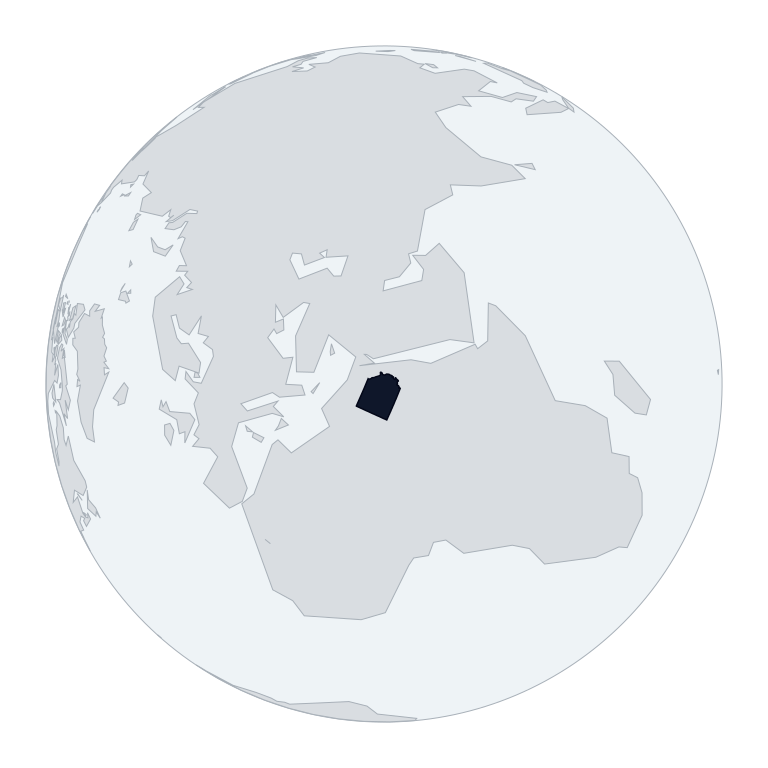 the Earth from above Al Wadi at Jadid, rotated 292°
{"feature_id": "EGY-1550", "entity_name": "Al Wadi at Jadid", "entity_type": "Governorate", "adm_level": 1, "iso_a3": "EGY", "parent_name": "Egypt", "parent_adm1": "", "projection": "orthographic", "projection_center": [30.896, 24.831], "detail": "fine", "context": "on_globe", "style": "filled", "palette": "ink", "viewbox_px": 768, "rotation_deg": 292, "n_neighbors": 0, "source": "natural_earth", "source_scale": "10m", "svg_char_len": 12885}
<svg xmlns="http://www.w3.org/2000/svg" viewBox="0 0 768 768"><g transform="rotate(292 384 384)"><circle cx="384" cy="384" r="338" fill="#eef3f6" stroke="#a8b0b8"/><path d="M413.2,47.3L423.8,48.4L429.3,49.3L413.8,47.5L421.8,49.1L398.1,48.4L357.5,48.0L343.6,50.7L300.1,59.2L303.4,59.3L289.0,64.0L287.5,66.2L279.9,68.1L285.3,68.4L292.5,66.3L297.3,66.0L297.1,67.4L287.3,69.7L286.0,69.3L283.0,70.8L278.2,71.5L280.5,72.0L268.6,75.3L279.9,74.3L270.1,78.9L262.4,80.5L263.9,77.3L249.6,76.3L242.2,78.7L230.3,84.3L206.5,100.4L198.0,105.0L186.1,113.4L190.4,111.7L201.2,104.8L206.2,104.7L218.9,97.2L222.8,96.5L235.6,91.0L232.8,95.4L223.2,103.1L212.5,108.3L208.0,112.2L217.5,110.8L196.9,125.0L182.3,143.2L177.0,147.0L167.9,146.8L169.6,136.8L157.8,140.2L164.5,142.1L151.3,153.3L148.8,157.3L149.0,159.7L153.6,157.3L148.9,162.5L140.5,161.5L144.7,156.7L147.3,156.8L148.0,152.6L142.2,153.8L136.0,160.3L133.9,158.0L129.4,162.9L126.4,165.8L133.7,157.8L120.6,172.7L119.2,174.1L134.6,156.0L151.3,139.0L169.1,123.2L188.0,108.7L207.9,95.6L228.7,83.9L250.2,73.7L272.4,65.0L295.2,58.0L318.4,52.5L341.9,48.7L365.6,46.6L389.4,46.1L413.2,47.3ZM53.2,315.0L52.4,320.2L51.7,323.0L48.1,356.9L50.1,380.7L50.5,397.2L49.7,403.5L51.7,411.1L51.8,416.5L65.1,445.8L76.4,470.4L79.0,488.9L75.5,501.5L86.2,539.6L83.6,538.8L72.8,515.7L63.7,491.7L56.5,467.2L51.1,442.2L47.7,416.8L46.2,391.3L46.6,365.7L48.9,340.3L53.2,315.0ZM236.2,89.0L235.9,90.0L233.7,90.5L236.2,89.0ZM242.1,86.0L239.8,85.9L242.2,84.5L243.6,84.5L242.1,86.0ZM440.1,50.8L441.4,51.0L438.7,50.5L440.1,50.8ZM244.3,86.5L246.9,82.0L251.2,79.6L260.0,78.1L244.3,86.5ZM442.0,51.2L451.6,53.6L457.4,54.6L446.3,54.0L441.8,51.6L432.8,49.9L439.8,50.9L442.0,51.2ZM294.9,65.1L287.2,67.4L293.9,64.4L294.9,65.1ZM298.0,63.4L311.7,56.5L323.0,54.5L316.2,56.9L331.0,54.1L329.9,56.4L321.4,58.6L314.3,59.2L319.3,59.7L298.0,63.4ZM438.6,53.8L438.7,54.5L435.7,53.5L438.6,53.8ZM299.8,65.6L301.5,64.1L311.5,62.2L309.8,65.0L307.1,64.6L299.8,65.6ZM335.5,52.5L342.6,52.0L343.6,53.6L346.5,53.7L330.8,56.4L335.5,52.5ZM304.8,65.8L308.7,66.5L303.8,68.9L298.7,67.1L304.8,65.8ZM314.8,60.7L319.4,60.1L316.3,61.2L314.8,60.7ZM288.7,78.6L290.5,76.2L295.9,74.9L288.7,78.6ZM310.5,66.7L312.2,65.9L314.5,65.3L316.0,66.3L310.5,66.7ZM332.6,57.6L331.5,58.6L339.1,56.6L340.2,58.2L329.5,59.9L334.5,59.9L334.9,60.4L325.8,61.3L332.6,57.6ZM324.5,65.7L311.3,69.3L306.7,73.7L301.8,74.8L310.1,67.6L324.5,65.7ZM326.1,62.9L324.0,64.8L319.0,65.0L317.3,63.8L326.1,62.9ZM344.7,58.9L345.9,55.9L348.1,55.7L344.7,58.9ZM324.2,66.9L327.4,66.1L324.4,67.2L324.2,66.9ZM339.5,61.2L339.6,60.0L342.2,59.8L339.5,61.2ZM333.7,65.7L329.4,66.6L328.1,65.7L333.7,65.7ZM337.2,63.6L340.7,63.6L330.2,64.8L336.8,63.0L337.2,63.6ZM342.0,61.2L343.6,60.7L341.6,61.7L342.0,61.2ZM341.1,69.0L328.1,70.8L325.3,68.6L338.2,67.0L341.1,69.0ZM554.0,92.0L535.7,82.8L496.8,66.8L512.7,72.8L509.2,72.1L515.0,74.9L526.2,79.8L527.4,79.9L546.0,94.5L573.1,113.5L570.9,108.3L577.8,111.1L606.8,133.1L642.0,175.3L651.6,183.4L657.7,191.2L661.5,199.4L652.8,188.1L649.3,187.3L643.8,180.3L647.0,191.1L639.2,181.6L645.5,195.6L652.1,201.4L652.2,194.6L661.0,212.0L671.5,220.8L681.7,237.2L694.4,276.7L693.7,295.3L695.6,301.5L690.6,298.8L691.2,315.0L706.0,340.5L708.1,350.2L705.6,376.2L704.3,369.3L691.3,361.9L694.0,386.5L704.0,398.0L707.6,417.8L702.2,416.6L697.9,399.6L693.2,396.3L690.8,375.6L679.9,349.3L674.1,360.6L671.1,348.4L655.3,329.7L644.9,345.3L630.9,388.8L634.7,420.5L627.3,438.0L604.0,399.9L593.5,370.9L585.1,376.9L561.1,356.7L519.8,365.2L513.9,358.0L506.2,363.5L489.2,358.1L480.2,345.8L470.0,348.3L494.1,380.3L505.1,377.8L514.1,362.4L518.8,374.4L535.1,382.5L517.2,416.6L455.9,452.1L449.9,428.5L403.4,364.7L404.9,357.0L404.7,356.2L404.1,354.7L399.8,367.2L391.8,354.4L416.6,400.0L420.7,419.7L455.0,453.6L451.8,457.6L462.8,464.0L498.2,450.4L498.4,458.3L481.7,496.9L432.7,549.0L439.3,578.7L435.9,603.6L405.6,621.0L408.5,638.4L392.9,644.9L392.1,654.3L379.8,664.0L359.0,672.5L323.4,670.8L320.9,662.8L302.7,645.3L277.2,600.3L285.9,580.5L282.6,563.4L256.9,521.4L262.5,499.8L255.7,489.2L241.6,489.5L233.8,476.7L225.2,474.9L172.5,470.9L156.9,451.1L139.2,396.9L148.9,380.6L151.5,358.0L219.6,297.0L233.3,304.6L286.0,303.0L292.5,306.6L285.4,323.9L324.3,349.4L337.9,335.3L374.0,348.4L398.5,347.7L408.9,314.3L368.6,314.6L362.5,298.3L395.5,284.0L430.8,285.0L429.5,278.9L408.0,265.6L416.8,254.1L400.6,260.2L406.6,266.4L396.6,270.9L390.5,265.6L393.8,261.4L383.4,258.8L370.0,280.8L374.7,289.5L346.9,293.0L352.1,308.2L344.2,314.9L332.6,292.0L334.3,283.8L312.1,258.7L307.8,267.4L328.5,292.1L321.7,289.8L316.0,303.4L314.9,291.4L293.5,263.6L268.9,266.2L236.2,296.2L222.1,296.6L211.0,287.2L224.3,253.9L254.2,257.1L259.3,246.8L254.5,229.9L264.0,232.9L265.7,226.8L277.1,227.8L294.4,215.3L306.2,215.2L314.2,197.7L321.4,195.7L314.6,206.3L316.2,214.3L345.7,215.5L351.7,212.1L354.5,201.0L362.3,203.4L361.2,192.7L378.8,189.2L356.5,184.9L359.2,173.4L370.4,165.3L367.3,161.1L349.1,174.7L345.4,181.0L348.6,187.4L335.2,205.9L324.8,208.4L323.8,187.3L308.9,189.2L314.6,173.3L360.3,144.1L378.8,139.4L406.9,154.3L401.9,161.1L389.4,158.7L399.9,170.9L399.5,165.0L406.0,167.5L410.2,158.4L415.0,159.8L410.8,149.1L417.2,149.9L419.7,156.6L431.3,145.1L444.7,145.0L445.0,141.9L441.6,138.6L461.0,141.4L460.3,139.0L453.8,137.1L448.3,131.4L446.1,122.8L452.9,124.2L454.6,127.5L468.4,137.2L471.9,146.6L474.5,146.4L473.1,138.7L456.2,126.7L453.0,121.2L461.8,125.9L458.3,123.8L458.9,121.5L465.8,121.0L456.5,115.6L453.0,93.0L466.0,90.7L474.3,96.6L479.1,85.6L493.4,86.0L487.3,83.9L485.5,78.5L480.9,78.2L477.9,76.9L471.2,65.6L474.9,64.8L465.1,59.6L461.9,58.8L458.6,58.9L446.3,54.0L457.4,54.6L463.9,56.2L466.5,56.3L481.0,60.4L494.3,64.6L508.8,70.5L518.0,74.1L517.9,73.9L529.9,79.2L554.0,92.0ZM195.4,331.9L193.4,338.5L195.4,331.9ZM468.1,303.7L489.3,302.6L479.8,282.8L487.2,281.0L481.2,275.3L479.0,281.4L464.5,265.7L473.7,258.7L471.1,250.1L463.9,250.2L449.4,265.8L470.1,287.9L465.2,297.0L468.1,303.7ZM52.4,320.5L51.5,325.7L51.7,323.3L52.4,320.5ZM66.7,267.9L65.1,272.8L65.7,270.5L66.7,267.9ZM151.8,153.3L152.3,153.6L151.4,156.8L149.6,157.0L151.8,153.3ZM161.1,163.0L153.3,171.2L157.6,165.1L153.5,166.4L157.5,155.9L174.6,148.5L166.1,153.4L161.1,163.0ZM167.4,141.2L163.0,147.8L167.2,140.9L167.4,141.2ZM263.8,195.9L267.3,200.3L262.2,206.6L247.3,209.3L254.4,199.8L263.8,195.9ZM273.3,205.2L276.5,185.0L285.9,183.4L280.1,187.6L286.0,188.5L278.2,195.7L284.1,214.9L280.1,222.0L254.7,221.4L265.2,217.3L261.2,212.9L273.3,205.2ZM267.9,144.6L269.4,138.1L287.9,142.6L284.4,148.3L269.2,150.6L264.5,145.4L267.9,144.6ZM259.5,85.7L258.9,84.5L261.6,83.6L264.3,83.9L259.5,85.7ZM289.1,77.6L265.1,90.4L263.1,89.6L251.4,99.3L241.7,101.0L249.6,94.4L233.4,103.6L236.6,98.4L226.2,105.2L244.9,90.3L247.2,86.7L248.3,89.9L257.1,88.3L261.7,86.5L276.2,79.2L285.5,71.6L295.7,69.6L300.5,70.2L299.8,71.7L293.4,72.3L297.1,73.9L287.3,76.1L289.1,77.6ZM350.4,90.9L343.2,89.0L349.0,96.5L339.2,97.1L340.5,97.9L333.1,100.8L326.2,106.0L321.9,105.6L321.1,107.9L316.2,110.2L313.7,113.3L305.0,113.9L301.2,118.0L299.3,116.1L295.1,123.1L294.3,118.3L287.8,121.4L292.0,124.4L251.5,124.5L235.1,129.8L221.8,137.3L222.4,129.1L235.2,117.4L253.5,106.2L269.2,102.9L266.6,100.3L273.4,98.2L272.6,101.1L277.8,95.5L283.2,94.6L299.5,87.4L303.7,80.8L309.8,78.4L310.8,80.6L316.1,76.8L322.2,79.6L326.7,78.1L337.2,79.9L336.6,85.7L341.6,83.7L349.8,85.6L350.4,90.9ZM343.8,69.6L345.3,75.5L340.7,79.0L324.4,74.6L319.5,75.5L308.9,73.8L315.8,69.0L318.2,69.9L322.1,69.6L318.4,71.2L324.3,69.8L327.8,71.1L333.4,70.5L332.4,72.5L343.8,69.6ZM300.4,300.6L305.5,301.8L313.6,301.7L310.2,310.7L300.4,300.6ZM285.4,281.9L290.1,281.2L289.2,292.8L283.9,292.0L285.4,281.9ZM293.4,271.3L290.4,280.2L288.9,274.9L293.4,271.3ZM319.0,205.4L324.1,204.4L324.4,207.1L321.2,210.8L319.0,205.4ZM365.6,116.9L362.3,114.4L363.9,113.3L362.8,106.2L370.0,105.7L373.5,109.8L365.6,116.9ZM401.6,320.2L394.1,326.7L390.6,323.7L393.9,322.0L401.6,320.2ZM349.6,319.3L361.2,323.9L348.6,321.8L349.6,319.3ZM373.3,115.2L372.0,112.2L376.4,113.9L373.3,115.2ZM375.2,105.1L380.4,106.4L370.7,104.9L375.2,105.1ZM521.6,688.0L522.7,688.9L517.9,690.5L521.6,688.0ZM493.3,593.6L469.5,636.9L453.6,638.8L451.0,627.6L460.0,602.1L478.6,592.7L487.8,579.7L493.3,593.6ZM716.9,441.3L710.7,456.2L707.3,458.3L708.9,451.7L714.5,443.3L716.9,441.3ZM708.6,452.0L702.2,446.3L687.3,415.8L692.8,412.1L707.1,425.1L706.3,430.4L710.3,436.5L708.6,452.0ZM720.8,402.7L719.9,417.2L717.3,424.3L715.6,425.9L714.6,411.1L715.2,400.9L716.9,398.1L718.7,356.3L720.3,359.3L720.7,375.6L721.7,383.9L720.8,402.7ZM636.2,422.9L644.0,438.6L639.4,443.9L636.2,422.9ZM716.1,330.8L717.6,348.5L715.2,326.9L716.1,330.8ZM712.7,312.1L714.3,318.3L712.6,314.0L712.7,312.1ZM698.7,310.4L697.2,315.2L695.5,310.7L696.5,302.1L698.7,310.4ZM689.5,251.6L695.5,264.6L697.4,269.6L693.7,263.2L689.5,251.6ZM432.7,113.0L426.3,122.8L426.5,130.8L434.0,136.4L420.6,133.3L420.4,120.8L432.7,113.0ZM449.8,95.0L443.1,91.1L447.7,90.7L449.9,91.5L449.8,95.0ZM444.6,94.1L433.2,93.5L430.6,90.0L440.1,91.1L444.6,94.1ZM403.2,102.8L400.8,105.6L397.3,104.0L403.2,102.8ZM720.9,409.9L721.3,404.3L721.9,385.8L721.8,377.0L721.8,375.4L721.9,381.1L721.9,384.5L721.9,388.3L720.9,409.9ZM718.8,338.0L718.4,335.5L719.2,343.1L716.0,321.0L718.8,338.0ZM716.0,321.8L717.0,328.6L714.9,316.5L716.0,321.8ZM716.3,325.7L714.6,318.4L714.8,317.0L716.3,325.7ZM715.9,320.5L712.9,307.0L714.5,313.4L715.9,320.5ZM710.2,302.5L713.4,309.7L712.1,311.2L704.4,287.1L704.4,283.6L710.2,302.5ZM662.0,193.2L657.8,187.7L655.6,183.9L659.2,188.7L662.0,193.2ZM645.4,169.9L653.7,181.2L660.2,192.4L661.6,193.4L669.3,205.2L663.3,198.1L653.6,182.7L649.9,176.3L642.6,167.3L635.7,158.8L626.7,149.5L621.5,144.0L628.6,150.8L640.9,164.5L645.4,169.9ZM623.0,145.8L604.8,129.3L603.9,127.6L607.7,130.7L616.4,138.8L616.4,139.2L623.0,145.8ZM600.2,125.1L599.9,125.6L572.8,108.0L566.8,104.1L587.0,115.1L587.9,116.4L594.7,121.4L600.2,125.1ZM442.3,54.9L439.0,54.5L441.0,54.3L442.3,54.9ZM475.5,76.9L471.6,75.2L474.0,74.6L475.5,76.9ZM462.3,70.2L462.2,72.1L459.5,69.5L462.3,70.2ZM462.6,76.6L460.9,72.5L466.6,77.4L462.6,76.6Z" fill="#d9dde1" stroke="#a8b0b8" stroke-width="1"/><path d="M353.0,370.2L353.0,369.7L353.1,367.7L353.1,366.8L353.2,366.6L353.3,366.6L365.4,367.0L372.3,367.2L382.9,367.3L382.8,367.5L382.8,367.9L382.9,368.0L383.4,369.1L383.5,369.3L384.2,370.0L384.5,370.1L385.0,370.3L385.2,370.5L385.4,370.7L385.5,370.8L386.1,372.2L386.9,373.1L387.4,373.5L389.6,376.3L390.4,377.0L390.5,377.1L390.8,377.2L391.0,377.2L391.3,377.2L391.8,377.1L393.0,376.5L393.1,376.4L393.4,376.4L393.5,376.4L393.6,376.5L393.8,376.7L393.8,376.8L393.8,377.0L393.7,377.2L393.5,377.6L393.4,378.0L393.4,378.3L393.2,378.4L392.5,379.0L392.3,379.2L392.3,379.3L392.2,379.4L392.2,379.6L392.4,380.4L392.6,381.2L392.7,381.4L392.7,381.5L392.8,381.6L393.4,382.1L393.8,382.3L394.0,382.5L394.3,382.9L394.4,383.1L394.4,383.7L394.5,383.8L394.7,384.3L394.8,384.7L394.9,384.9L394.9,385.0L394.7,385.7L394.6,385.9L394.6,386.0L394.6,386.5L394.7,386.9L394.7,387.0L394.6,387.3L394.6,387.5L394.7,388.0L394.7,388.3L394.5,388.5L394.4,388.6L394.2,388.7L393.8,388.7L393.7,388.7L393.5,388.8L393.4,388.9L393.4,389.1L393.4,389.3L393.4,389.5L393.5,389.5L393.8,389.7L393.9,389.8L394.0,389.8L394.1,390.0L393.9,390.2L393.3,390.3L393.1,390.3L392.9,390.4L392.8,390.5L392.7,390.7L392.6,390.8L392.5,391.2L392.4,391.6L392.4,391.8L392.3,392.0L392.3,392.3L392.5,392.3L393.2,392.4L394.0,392.2L394.0,392.3L394.1,392.5L394.0,392.8L393.6,393.3L393.4,393.5L393.2,394.1L393.0,394.6L392.9,394.7L392.9,394.8L392.8,395.1L392.7,395.4L392.7,395.6L392.5,395.8L392.4,396.0L392.2,396.1L392.1,395.9L391.9,395.8L391.7,395.9L391.3,395.6L391.2,395.5L390.8,395.6L389.1,396.4L388.5,396.3L388.4,396.3L388.2,396.3L388.0,396.5L387.9,396.7L387.8,396.8L387.8,397.1L387.9,397.4L387.9,397.7L387.9,397.8L387.9,398.0L387.4,398.6L387.3,398.8L387.2,398.8L386.9,398.9L386.8,399.0L386.5,399.0L386.4,399.0L386.2,399.0L385.9,399.2L385.9,399.4L385.8,399.5L385.9,399.8L386.2,399.9L386.2,400.0L386.3,400.1L386.0,400.7L385.9,400.7L385.7,400.7L385.2,400.7L384.7,400.7L384.1,400.7L383.6,400.7L383.1,400.7L382.5,400.7L382.0,400.7L381.5,400.7L380.9,400.7L380.4,400.7L379.9,400.7L379.3,400.7L378.8,400.7L378.3,400.7L377.7,400.7L377.2,400.7L376.7,400.7L376.1,400.7L375.6,400.7L375.1,400.7L374.5,400.7L374.0,400.7L373.5,400.6L372.9,400.6L372.4,400.6L371.9,400.6L371.4,400.6L370.8,400.6L370.3,400.6L369.8,400.6L369.2,400.6L368.7,400.6L368.2,400.6L367.6,400.5L367.1,400.5L366.6,400.5L366.0,400.5L365.5,400.5L365.0,400.5L364.4,400.5L363.9,400.4L363.4,400.4L362.8,400.4L362.3,400.4L361.8,400.4L361.3,400.4L360.7,400.4L360.2,400.3L359.7,400.3L359.1,400.3L358.6,400.3L358.1,400.3L357.5,400.2L357.0,400.2L356.5,400.2L356.0,400.2L355.4,400.2L354.9,400.1L354.4,400.1L353.8,400.1L353.3,400.1L352.8,400.1L352.2,400.0L351.7,400.0L351.8,398.3L351.8,396.6L351.9,394.9L352.0,393.1L352.1,391.4L352.1,389.7L352.2,388.0L352.3,386.3L352.3,384.5L352.4,382.8L352.5,381.1L352.6,379.4L352.6,377.7L352.7,376.0L352.8,374.2L352.9,372.5L352.9,371.4L353.0,370.2Z" fill="#0f172a" stroke="#020617" stroke-width="1.5"/></g></svg>